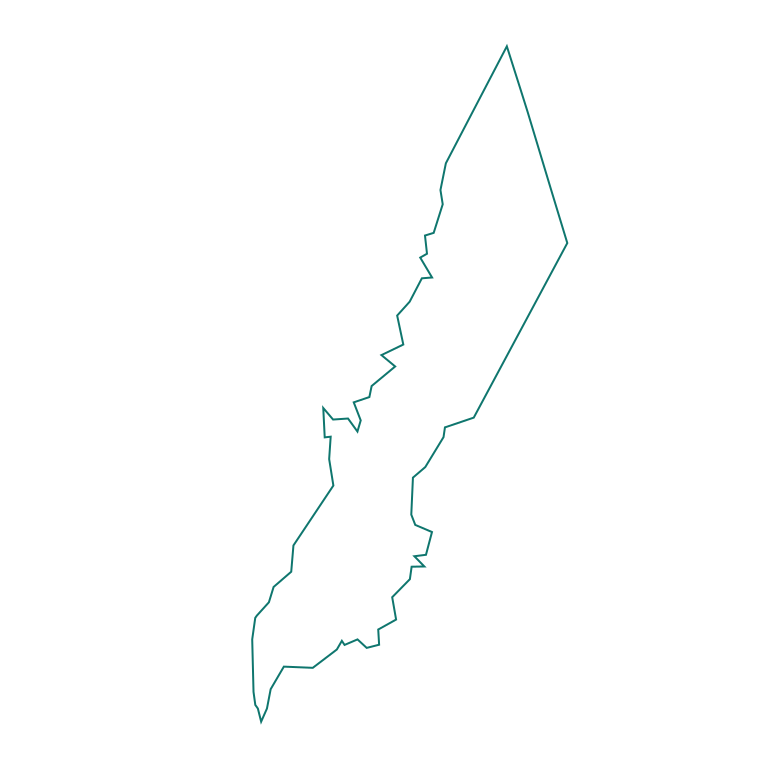 Camden, North Carolina, United States of America (Mercator projection), rotated 73°
{"feature_id": "52423323B68904174883849", "entity_name": "Camden", "entity_type": "district", "adm_level": 2, "iso_a3": "USA", "parent_name": "United States of America", "parent_adm1": "North Carolina", "projection": "mercator", "projection_center": [-76.151, 36.357], "detail": "fine", "context": "isolated", "style": "outline", "palette": "teal", "viewbox_px": 768, "rotation_deg": 73, "n_neighbors": 0, "source": "geoboundaries", "source_scale": "gbopen_adm2", "svg_char_len": 1003}
<svg xmlns="http://www.w3.org/2000/svg" viewBox="0 0 768 768"><g transform="rotate(73 384 384)"><path d="M97.0,167.8L142.2,212.3L191.0,260.3L215.0,273.3L229.3,275.3L254.0,292.3L254.0,301.4L272.0,304.8L273.7,312.4L296.2,306.9L294.0,316.9L312.8,335.4L322.4,351.4L351.9,354.0L355.6,378.0L370.5,368.2L382.3,396.4L392.2,401.8L392.7,418.3L412.0,416.9L421.7,423.3L406.5,428.5L403.1,443.1L389.2,449.1L417.7,456.3L418.8,450.4L439.8,458.4L466.3,462.1L511.9,517.8L536.4,527.6L545.8,548.9L559.1,557.9L568.3,573.3L570.0,575.5L589.7,584.7L640.3,598.8L653.3,600.9L657.5,599.5L671.0,600.2L660.1,590.8L642.7,581.6L625.0,562.4L634.6,535.1L624.1,506.7L617.3,499.4L622.0,498.0L620.5,484.0L631.3,477.7L631.9,464.9L617.1,461.3L612.8,441.3L590.3,438.5L578.2,416.3L566.8,411.0L570.3,398.8L557.6,405.3L559.6,393.8L539.6,381.4L527.9,395.3L516.9,396.1L482.0,383.7L475.5,368.8L452.2,342.6L443.3,338.4L442.4,308.0L302.8,167.5L245.6,167.4L165.7,167.1L142.1,167.3L97.0,167.8Z" fill="none" stroke="#0f766e" stroke-width="2"/></g></svg>